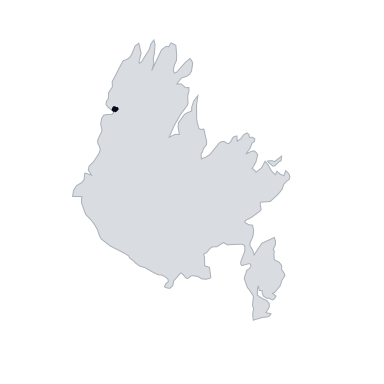 location of Cork City South East Lea-6, Cork, Ireland, rotated 133°
{"feature_id": "5873133B31894390357020", "entity_name": "Cork City South East Lea-6", "entity_type": "district", "adm_level": 2, "iso_a3": "IRL", "parent_name": "Ireland", "parent_adm1": "Cork", "projection": "orthographic", "projection_center": [-8.409, 51.872], "detail": "fine", "context": "in_parent", "style": "filled", "palette": "ink", "viewbox_px": 384, "rotation_deg": 133, "n_neighbors": 0, "source": "geoboundaries", "source_scale": "gbopen_adm2", "svg_char_len": 4532}
<svg xmlns="http://www.w3.org/2000/svg" viewBox="0 0 384 384"><g transform="rotate(133 192 192)"><path d="M233.5,70.6L227.0,75.4L226.0,77.1L224.3,84.3L224.1,86.3L220.0,94.3L217.7,95.9L214.2,97.3L212.2,98.5L209.7,97.9L206.5,98.1L205.0,99.5L205.0,100.6L206.0,101.8L211.9,105.4L211.6,106.9L209.9,108.7L199.4,113.0L196.3,115.6L195.2,117.3L196.3,120.1L204.8,128.6L206.3,129.6L207.6,134.5L215.1,136.5L218.2,139.6L220.8,140.3L226.6,140.0L228.9,141.1L230.2,140.2L230.9,138.6L237.3,132.4L235.2,127.9L241.5,120.1L243.3,120.2L246.4,122.4L248.9,125.7L249.8,130.0L252.3,133.9L253.8,135.3L258.0,136.0L259.0,137.5L258.4,143.2L259.0,145.1L269.6,144.7L273.7,142.1L277.4,142.4L279.3,144.9L280.1,147.5L277.0,148.6L273.7,148.2L272.2,149.9L272.2,153.3L273.4,157.5L275.7,160.5L277.7,167.3L279.4,174.9L281.8,179.4L282.5,185.1L282.2,187.9L282.8,192.9L281.9,194.7L282.8,199.5L287.2,214.6L288.3,226.5L286.5,231.0L284.1,235.3L282.5,240.4L281.4,245.8L280.9,254.6L275.5,265.0L273.1,267.6L270.4,269.3L276.7,276.3L271.8,279.6L266.3,280.8L260.2,279.1L256.4,279.4L251.7,283.2L250.6,282.6L248.2,276.8L246.7,282.9L243.2,284.9L237.2,284.6L227.2,286.3L223.4,288.1L221.8,290.8L220.7,294.0L219.1,295.8L217.3,296.8L209.6,299.2L208.1,300.1L204.5,305.2L199.8,308.2L195.9,309.0L192.4,306.1L191.0,304.4L189.4,303.5L184.0,303.6L185.7,304.5L186.8,306.6L187.3,310.6L186.7,314.5L184.1,316.4L180.9,316.8L176.0,320.8L169.4,321.9L165.8,325.6L143.9,331.7L142.7,331.8L139.7,330.1L136.4,329.4L133.1,329.8L123.9,333.2L119.5,332.4L125.3,323.8L133.0,319.5L133.8,318.3L131.3,317.7L116.9,320.5L111.8,323.0L106.8,323.6L109.2,319.7L115.8,314.4L121.4,310.9L123.8,307.7L130.7,304.2L108.7,311.3L103.0,310.2L101.7,308.1L97.2,309.0L95.7,303.9L102.5,296.4L106.4,293.1L111.0,291.5L115.4,289.0L117.1,285.9L115.1,284.9L102.0,285.3L95.7,284.5L96.1,282.0L97.3,279.3L103.9,274.8L107.5,274.1L110.6,274.6L116.0,277.5L123.4,276.8L120.4,273.7L120.0,267.6L117.7,265.5L120.7,262.7L124.2,261.1L130.0,255.3L132.0,254.5L143.3,253.2L155.5,250.3L167.5,246.1L161.4,243.7L158.5,240.5L153.7,246.8L150.2,249.2L140.6,250.4L137.5,249.6L133.3,247.6L131.9,248.3L130.6,249.8L124.2,252.8L117.5,253.4L125.4,247.9L135.4,238.4L137.7,235.4L140.9,230.1L139.9,227.7L137.9,226.4L145.2,215.5L147.7,213.6L152.3,213.3L155.6,211.6L157.1,211.6L158.4,211.0L161.4,207.7L156.9,205.6L152.2,204.5L137.9,205.5L136.0,205.2L134.2,204.2L133.1,202.7L132.3,199.0L131.2,198.1L128.0,198.1L124.8,199.2L122.6,199.0L120.4,197.3L124.0,193.6L119.5,192.6L114.9,193.3L111.2,192.0L111.1,189.7L112.9,187.3L110.7,185.0L110.3,182.2L112.7,180.8L115.3,181.3L120.7,179.3L127.5,178.5L121.7,176.3L119.4,174.4L119.4,171.7L119.9,169.4L126.7,165.6L133.9,164.0L133.4,161.4L133.9,158.6L126.7,157.6L119.6,159.5L120.4,154.1L122.2,149.3L122.6,146.1L122.4,142.7L119.0,144.1L118.7,139.3L117.4,135.9L112.4,138.1L112.6,133.8L114.1,130.7L116.7,129.5L119.3,130.1L124.0,130.1L128.6,127.9L135.2,127.5L145.6,128.3L152.7,134.9L154.6,133.7L157.5,129.7L158.9,129.2L169.7,131.1L176.4,133.5L178.2,132.7L177.3,128.2L175.0,125.1L177.9,120.9L181.4,118.2L183.8,116.8L189.2,115.0L191.6,113.4L193.1,108.1L195.6,103.7L182.0,106.0L169.1,100.8L171.2,97.1L173.9,95.0L178.6,93.4L179.1,91.5L181.4,89.9L185.4,85.7L183.9,80.2L184.7,76.2L187.5,73.6L188.4,69.8L189.6,67.1L195.3,66.0L200.7,63.5L209.2,63.1L211.3,64.1L210.8,59.5L214.8,58.9L216.3,59.8L217.0,63.0L218.8,65.0L219.4,68.6L218.3,71.4L216.3,73.5L218.1,75.7L215.3,79.6L218.4,77.9L222.8,74.0L222.5,70.9L221.7,66.9L220.4,63.4L220.9,59.5L223.4,57.0L229.8,55.6L227.1,51.2L229.5,50.8L232.0,51.7L235.9,55.1L244.0,59.8L240.1,64.2L235.4,67.3L233.5,70.6ZM118.2,155.9L117.9,157.9L114.8,155.2L113.4,152.4L104.7,150.9L108.4,148.1L110.1,149.0L116.3,149.2L117.9,150.5L118.2,155.9Z" fill="#d9dde1" stroke="#a8b0b8" stroke-width="1"/><path d="M184.9,302.8L184.7,302.7L184.4,302.7L184.0,302.8L183.9,302.8L183.6,302.8L183.2,302.7L182.5,302.6L182.4,302.6L181.8,302.8L181.7,302.9L181.7,303.1L181.7,303.3L181.6,303.5L181.9,303.6L182.4,304.1L182.8,304.4L182.7,304.4L182.6,304.5L182.4,304.5L182.3,304.8L182.2,304.8L182.3,304.9L182.3,305.3L182.3,305.5L182.4,305.8L182.4,306.0L182.5,306.2L182.5,306.3L182.7,306.7L182.9,306.8L183.0,307.0L183.1,306.9L183.2,306.7L183.7,306.4L184.1,306.7L184.2,306.8L184.4,306.8L184.5,307.0L184.6,306.9L184.6,307.0L184.6,306.9L184.6,306.7L184.8,306.6L185.0,306.6L185.3,306.6L185.5,306.4L185.6,306.5L185.8,306.4L185.8,306.2L186.1,306.2L186.0,305.9L186.2,305.6L186.4,305.3L186.4,305.2L186.3,304.9L186.2,304.7L186.3,304.4L186.3,304.2L185.0,304.1L185.0,303.4L184.8,302.9L184.9,302.8Z" fill="#0f172a" stroke="#020617" stroke-width="1.5"/></g></svg>